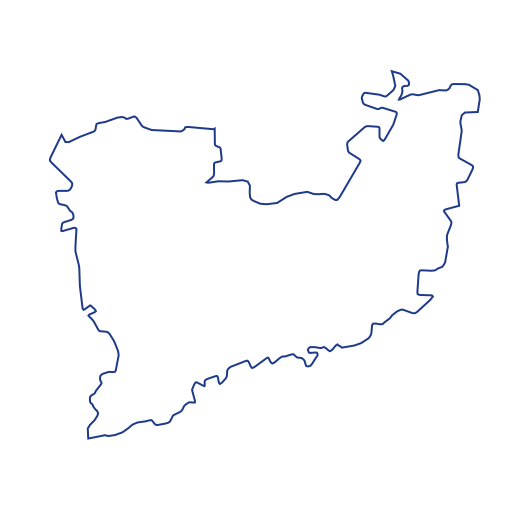 Khomas, orthographic projection, rotated 184°
{"feature_id": "NAM-3340", "entity_name": "Khomas", "entity_type": "Region", "adm_level": 1, "iso_a3": "NAM", "parent_name": "Namibia", "parent_adm1": "", "projection": "orthographic", "projection_center": [17.098, -22.865], "detail": "fine", "context": "isolated", "style": "outline", "palette": "blue", "viewbox_px": 512, "rotation_deg": 184, "n_neighbors": 0, "source": "natural_earth", "source_scale": "10m", "svg_char_len": 5829}
<svg xmlns="http://www.w3.org/2000/svg" viewBox="0 0 512 512"><g transform="rotate(184 256 256)"><path d="M132.9,196.9L134.6,196.6L135.2,195.5L135.4,194.7L135.5,187.2L136.2,184.6L137.8,181.9L145.1,176.4L151.5,173.6L163.8,170.6L165.4,171.6L167.6,172.6L168.5,173.5L169.5,172.8L170.7,171.6L172.9,168.4L174.2,167.1L175.5,166.2L177.0,166.8L180.1,169.1L181.7,169.9L183.2,169.4L184.6,168.7L186.1,168.7L190.7,169.2L195.5,168.9L197.0,167.7L197.7,166.1L197.1,164.5L196.4,163.3L195.0,163.1L189.8,163.9L188.5,163.8L187.8,162.7L187.7,161.5L187.9,160.5L188.7,159.4L193.0,151.6L194.3,150.2L195.8,149.6L197.2,149.5L198.2,149.8L198.9,151.1L200.1,154.6L201.5,156.2L203.4,157.4L207.7,157.6L209.6,158.8L211.7,160.6L213.3,160.4L220.4,157.7L222.4,157.7L224.2,156.6L225.7,155.4L228.8,152.3L230.4,150.9L232.2,149.9L233.5,150.7L234.7,152.2L235.6,154.0L236.6,155.3L237.4,155.4L238.7,154.5L249.0,145.8L250.6,144.6L252.1,144.0L253.2,145.0L254.2,146.6L255.1,148.5L256.1,150.0L257.2,151.0L258.9,150.6L273.7,143.6L275.7,141.7L276.7,139.7L276.7,134.5L277.0,133.0L277.9,131.4L280.4,128.2L281.7,126.8L283.1,125.8L283.9,126.6L284.5,128.0L285.3,131.5L285.9,132.9L286.6,133.6L288.1,133.3L295.4,130.2L297.1,129.3L298.2,128.2L298.5,126.7L298.1,123.5L298.3,122.7L299.5,122.9L305.7,125.6L307.2,125.8L308.0,124.8L308.7,123.4L310.3,118.8L310.4,117.8L309.9,116.3L306.8,107.3L306.7,105.7L307.7,105.4L310.9,105.5L312.6,105.3L314.2,104.2L315.7,103.0L316.9,101.7L317.5,100.7L318.7,97.6L320.0,95.8L321.8,94.6L327.0,91.6L327.8,90.8L329.7,86.1L330.8,84.3L332.3,83.4L334.1,82.7L341.3,80.8L343.0,80.5L344.4,80.7L345.8,81.9L348.2,84.6L349.2,85.0L350.3,84.8L354.9,83.3L362.2,81.8L366.4,79.8L368.3,78.4L371.5,75.2L376.9,70.8L384.3,67.5L390.8,66.1L394.2,66.7L410.6,62.2L411.8,72.1L409.8,76.0L405.8,80.6L403.3,85.1L402.7,87.0L402.6,88.4L403.0,89.1L403.4,89.8L403.9,90.4L406.3,92.6L407.4,93.9L408.6,96.1L409.1,96.7L409.7,97.2L410.4,97.5L411.0,98.3L411.5,99.7L411.8,103.5L411.0,105.0L409.8,105.9L408.7,106.6L407.4,107.7L406.1,110.6L401.7,117.1L401.2,118.5L401.7,119.6L402.6,121.0L403.0,122.4L403.0,125.2L402.1,126.6L400.6,127.8L395.1,130.0L393.6,130.2L391.2,130.2L389.9,130.3L388.5,130.8L387.9,132.2L386.1,147.1L386.5,149.7L387.3,152.3L391.6,161.1L396.5,167.9L398.4,169.6L400.4,170.0L406.5,170.1L407.7,170.9L408.6,172.1L412.8,178.7L414.8,181.1L417.7,183.6L419.0,184.8L418.4,185.8L413.2,188.6L411.9,189.7L412.5,190.9L413.7,192.1L417.6,195.1L417.8,195.2L418.1,195.1L422.9,191.1L424.3,190.3L424.9,190.9L425.4,192.0L429.6,213.8L431.4,231.3L432.1,234.6L436.4,247.8L436.8,252.6L437.0,270.5L438.1,271.4L439.7,271.4L450.6,267.4L451.8,267.3L452.1,268.4L452.1,269.9L451.8,273.2L451.6,274.7L451.0,275.6L449.7,276.4L442.8,279.1L442.0,279.6L440.9,280.6L440.8,282.1L441.0,283.8L441.6,285.5L442.4,286.7L444.7,288.2L448.0,292.5L449.5,293.1L451.1,293.5L454.4,293.9L455.8,294.3L456.7,294.8L457.4,296.2L458.8,300.1L460.0,305.5L459.0,306.7L457.6,307.2L449.0,307.8L447.6,308.2L446.1,309.4L445.1,311.2L444.4,313.3L444.3,315.3L445.3,316.9L466.7,335.1L468.2,336.8L468.3,338.3L467.7,340.3L458.4,363.3L454.0,356.4L450.6,356.6L440.0,362.6L426.8,368.7L425.4,369.8L424.9,371.3L424.6,374.9L424.2,376.6L422.4,377.5L415.8,379.2L404.0,384.3L401.1,385.0L398.8,385.3L396.2,384.6L395.0,383.7L393.4,384.0L387.4,386.7L386.1,386.4L384.7,385.4L379.3,378.4L378.1,377.2L376.6,376.6L368.9,374.4L339.7,375.0L337.5,376.3L336.1,377.8L335.6,379.4L334.3,379.8L332.7,380.0L307.0,379.5L306.1,380.2L304.9,365.4L304.6,364.0L304.1,363.4L302.9,362.8L300.3,362.0L299.6,361.6L298.9,360.9L297.0,350.7L297.1,349.2L297.7,348.1L303.3,346.4L304.1,345.7L304.3,344.4L303.6,335.7L303.6,334.1L303.9,332.9L305.0,331.4L310.6,325.9L310.2,325.8L307.7,325.9L299.0,327.9L288.5,328.4L274.7,330.7L269.4,329.6L267.0,325.8L266.7,318.7L266.0,314.3L264.6,312.0L262.0,310.7L255.3,308.4L248.9,308.4L238.6,310.4L229.4,317.2L221.8,320.6L209.3,323.6L202.5,321.8L196.8,322.1L193.4,322.7L190.4,322.5L187.1,321.6L184.4,319.1L180.7,317.4L178.9,317.6L176.6,320.7L159.1,356.0L158.6,357.5L158.4,358.6L159.1,359.4L159.7,359.9L170.3,365.6L171.1,366.6L171.7,368.0L172.8,373.2L172.8,374.9L172.3,376.3L156.6,392.1L155.1,393.0L153.5,393.4L143.3,393.4L142.1,393.0L141.7,391.7L141.1,383.4L140.8,382.5L139.4,381.0L137.3,379.6L136.3,380.3L135.5,381.6L128.2,396.6L125.7,406.2L125.5,407.7L125.7,408.9L126.8,409.6L140.0,412.7L141.4,412.6L144.0,411.1L145.5,411.1L157.2,414.3L158.6,414.9L159.6,415.7L160.2,416.9L161.4,420.5L161.5,421.5L161.2,422.8L160.3,424.8L159.7,425.8L158.9,426.3L157.6,426.4L143.9,425.5L138.9,424.1L137.7,424.2L136.3,425.2L130.5,431.1L128.9,435.4L131.8,445.6L133.4,449.8L124.7,447.9L116.3,441.5L115.3,439.0L115.5,437.2L116.5,436.5L117.3,436.2L120.2,435.8L121.4,435.1L122.0,433.8L121.4,430.5L121.7,428.3L122.3,426.3L123.9,423.2L124.3,422.0L123.2,422.2L113.9,427.4L112.2,428.1L110.5,428.2L105.7,427.7L104.7,427.8L85.0,434.2L78.0,434.4L76.1,435.4L74.7,436.8L74.1,438.5L73.4,439.9L72.6,440.9L71.2,441.3L59.9,442.0L55.6,441.7L46.3,437.0L44.5,432.4L43.7,428.3L44.8,415.1L57.6,413.7L60.6,410.7L61.5,404.3L61.5,403.3L59.8,396.7L59.5,395.3L61.2,371.3L61.0,369.7L60.7,368.4L59.5,367.5L47.7,362.0L46.6,361.4L45.7,360.4L45.7,359.0L46.1,357.4L50.1,347.5L50.9,346.0L51.9,344.8L53.4,344.2L58.5,343.3L59.8,342.9L60.6,342.5L60.8,341.4L60.7,340.5L56.8,320.3L69.3,316.0L70.8,315.3L71.7,314.4L71.2,313.2L64.2,304.8L63.4,303.2L63.5,301.6L63.8,300.0L66.5,291.6L66.9,289.9L66.9,288.1L66.5,284.5L65.8,281.0L65.4,279.6L65.2,278.9L65.3,278.1L66.9,262.9L67.9,260.6L69.5,258.2L73.8,256.1L76.1,254.3L78.7,253.7L80.6,253.5L89.9,253.3L91.6,252.8L92.2,251.2L92.5,249.2L92.5,232.0L92.4,230.6L92.0,229.2L90.9,228.8L89.5,228.6L77.9,229.0L77.3,228.6L76.7,227.8L79.4,224.1L91.4,211.4L93.5,210.0L95.8,209.9L105.3,212.6L107.2,212.7L109.2,211.8L111.5,210.5L116.0,206.4L118.0,203.3L123.4,198.6L124.8,197.0L126.6,196.6L128.6,196.6L130.8,196.9L132.9,196.9Z" fill="none" stroke="#1e3a8a" stroke-width="2"/></g></svg>